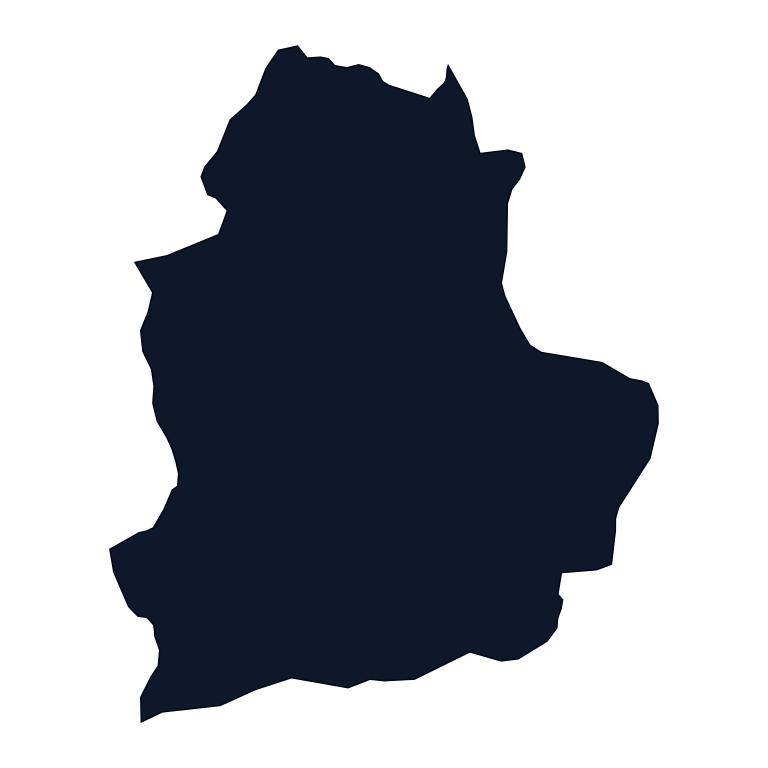 map outline of Çorum (Albers equal-area conic projection)
{"feature_id": "TUR-2291", "entity_name": "Çorum", "entity_type": "Province", "adm_level": 1, "iso_a3": "TUR", "parent_name": "Turkey", "parent_adm1": "", "projection": "albers", "projection_center": [34.616, 40.609], "detail": "fine", "context": "isolated", "style": "filled", "palette": "ink", "viewbox_px": 768, "rotation_deg": 0, "n_neighbors": 0, "source": "natural_earth", "source_scale": "10m", "svg_char_len": 1429}
<svg xmlns="http://www.w3.org/2000/svg" viewBox="0 0 768 768"><path d="M297.5,46.1L307.1,58.1L320.6,57.2L328.5,58.8L334.5,65.6L346.8,67.8L358.7,64.8L369.3,67.7L378.6,74.2L382.5,81.5L388.8,85.4L429.9,98.7L437.5,89.4L444.0,83.5L445.6,80.8L446.6,77.2L447.2,69.1L448.2,65.7L467.0,99.2L471.7,117.1L474.2,135.6L480.0,153.6L507.9,150.2L521.6,153.6L524.9,167.0L519.5,179.0L511.8,188.9L507.3,203.4L506.6,251.7L501.2,283.2L504.8,296.3L519.7,328.2L529.8,345.3L541.3,352.5L602.1,362.7L629.8,378.9L642.3,381.2L648.4,383.7L657.8,405.5L658.1,423.3L649.9,458.4L618.7,507.1L615.4,518.5L615.3,531.1L611.4,564.2L596.7,569.7L561.4,572.6L557.8,594.4L562.6,599.8L561.2,608.0L557.6,618.5L556.8,628.0L547.0,641.1L518.2,658.8L501.2,660.9L469.7,651.9L414.5,679.1L384.6,680.7L370.0,679.2L348.0,687.7L291.5,677.7L255.6,689.4L220.2,705.4L162.2,711.9L141.3,721.9L140.8,697.3L150.8,677.3L158.3,665.8L159.7,650.1L154.9,636.0L154.5,630.3L153.7,624.9L146.8,617.3L137.9,616.1L128.7,606.6L113.8,572.1L109.9,549.2L139.0,532.8L146.5,531.1L153.3,527.9L163.9,509.7L172.5,489.7L177.7,486.3L178.7,473.7L176.0,461.5L172.0,448.6L166.6,436.8L157.4,421.4L152.9,403.3L154.1,386.2L151.6,369.3L142.9,351.3L140.7,330.7L148.4,311.6L152.8,292.6L135.0,262.4L166.9,255.8L218.7,234.6L227.4,210.6L215.7,197.6L207.9,194.6L201.2,176.7L204.9,167.0L217.5,151.7L230.3,119.9L247.2,104.8L255.9,94.9L266.0,68.5L278.4,50.3L297.5,46.1Z" fill="#0f172a" stroke="#020617" stroke-width="1.5"/></svg>